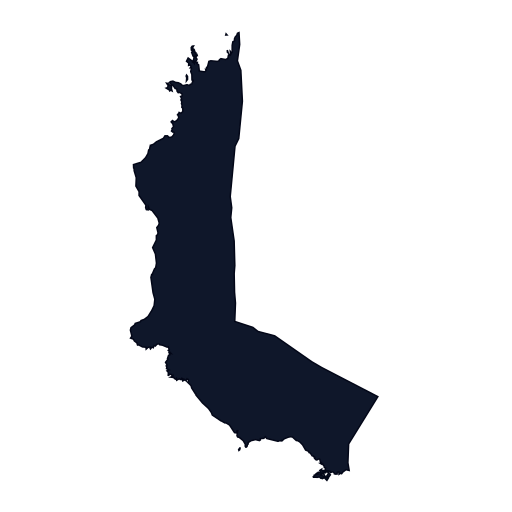 Oriental Mindoro, Mindoro Oriental, Philippines (Albers equal-area conic projection), rotated 181°
{"feature_id": "2640588B63893974857560", "entity_name": "Oriental Mindoro", "entity_type": "district", "adm_level": 2, "iso_a3": "PHL", "parent_name": "Philippines", "parent_adm1": "Mindoro Oriental", "projection": "albers", "projection_center": [121.29, 12.869], "detail": "fine", "context": "isolated", "style": "filled", "palette": "ink", "viewbox_px": 512, "rotation_deg": 181, "n_neighbors": 0, "source": "geoboundaries", "source_scale": "gbopen_adm2", "svg_char_len": 6031}
<svg xmlns="http://www.w3.org/2000/svg" viewBox="0 0 512 512"><g transform="rotate(181 256 256)"><path d="M276.9,479.1L278.4,478.4L279.1,476.3L280.6,474.6L281.4,472.5L281.1,470.9L282.9,469.8L283.5,466.3L283.4,459.7L284.3,458.0L284.8,458.3L284.7,459.0L285.2,460.2L285.3,460.3L284.9,456.6L285.2,456.2L286.6,457.3L286.4,456.4L287.1,456.2L287.6,453.1L289.8,451.9L294.5,452.7L296.0,451.6L296.2,450.6L298.0,449.9L304.6,450.4L306.5,449.8L307.7,444.7L308.7,443.5L309.4,443.5L308.4,443.2L309.1,441.6L309.6,441.7L309.2,440.7L310.3,439.2L315.9,439.9L316.7,446.2L318.5,447.5L318.0,448.6L320.4,449.0L321.0,447.2L321.7,448.4L322.5,448.6L321.7,449.6L322.2,450.1L322.0,450.4L321.1,449.5L319.4,450.1L318.7,451.0L318.4,451.8L319.5,453.1L319.3,454.0L320.7,454.3L321.3,453.5L322.1,450.5L322.9,449.6L327.3,452.8L328.9,449.5L326.6,447.7L326.7,445.4L325.4,445.8L324.6,445.2L324.3,443.9L325.0,443.0L324.0,443.0L323.8,442.8L324.5,439.2L323.3,436.4L323.1,430.9L322.0,430.6L322.3,430.1L321.8,429.7L322.7,428.7L323.1,426.9L324.7,426.5L325.6,425.3L328.0,426.1L331.4,425.1L333.2,425.6L334.1,426.7L336.7,427.9L339.5,428.2L342.1,429.4L344.5,428.9L345.7,428.0L343.4,425.9L342.1,425.5L339.8,422.1L338.1,421.6L337.8,419.4L336.6,417.9L335.6,418.3L333.0,417.1L332.6,415.5L332.9,414.6L334.2,414.2L333.4,412.7L333.2,410.9L333.7,410.9L333.8,410.7L333.3,410.4L332.9,408.0L333.2,407.0L332.6,405.8L332.7,403.2L331.8,402.6L331.7,399.2L333.5,397.4L335.4,398.2L335.9,396.7L336.8,396.3L337.0,395.8L336.3,395.2L335.6,393.0L337.0,390.7L338.8,389.2L340.2,388.8L341.9,390.0L343.2,388.6L341.5,386.7L340.7,383.8L342.3,382.0L342.0,380.8L342.7,379.5L341.3,378.4L339.7,379.0L340.3,378.5L339.9,377.5L340.5,375.6L342.1,373.7L343.2,373.2L345.3,373.1L345.1,374.0L345.4,373.3L346.5,374.6L349.1,374.6L350.6,372.1L357.5,368.5L360.5,365.9L363.6,364.8L363.2,363.9L363.9,363.4L364.2,361.1L365.2,360.1L365.8,356.5L368.1,352.4L371.1,349.2L371.8,349.2L371.3,349.0L372.3,347.8L380.1,345.3L379.9,341.8L379.4,341.5L379.3,339.1L377.1,332.2L377.3,323.8L374.0,318.3L374.0,314.5L366.9,304.8L367.2,302.5L366.5,300.5L365.9,300.0L366.3,300.4L366.1,300.6L364.7,300.2L364.5,303.4L363.2,300.7L360.7,299.7L354.1,291.3L354.5,291.1L353.3,287.2L353.9,285.1L355.7,282.7L354.3,277.2L355.0,275.4L356.0,274.6L355.9,270.2L359.5,262.6L356.6,256.2L355.4,247.1L356.1,242.6L357.3,241.3L359.3,236.3L360.4,235.3L359.6,235.8L358.6,235.7L360.1,235.2L360.7,232.8L358.3,217.5L356.4,211.0L357.0,204.6L359.8,198.5L359.5,197.8L360.1,198.3L362.9,193.6L366.6,190.7L369.8,189.5L370.6,188.2L375.6,186.5L376.1,185.0L379.7,182.2L380.3,179.7L378.7,173.7L380.0,171.7L377.1,170.7L376.1,168.9L373.6,167.1L372.9,164.9L371.6,165.0L367.9,163.1L364.4,162.9L364.2,161.0L362.3,162.8L360.4,163.1L359.5,162.8L360.2,161.6L359.9,161.2L358.9,162.6L358.1,163.0L357.1,162.5L356.4,164.7L355.1,164.2L353.5,166.1L351.1,166.5L350.8,165.6L348.0,165.2L343.2,163.3L342.1,163.7L341.1,160.9L342.1,160.1L339.2,157.1L341.1,157.5L340.3,155.8L341.7,155.2L342.7,151.9L342.2,151.4L344.6,148.1L343.1,145.6L343.3,144.6L343.8,144.5L343.1,142.6L343.5,141.8L340.9,140.5L343.0,139.6L341.6,138.1L341.7,135.2L341.2,135.1L340.3,136.3L338.5,136.0L338.1,135.3L336.8,135.3L337.0,134.5L339.2,133.4L335.9,133.0L335.5,132.1L334.2,131.4L333.4,132.2L333.1,130.4L330.5,132.0L329.7,131.2L328.8,131.2L328.2,132.5L326.4,131.8L327.5,131.1L327.1,129.8L325.0,130.9L323.6,129.9L323.8,130.7L322.9,132.0L322.4,131.3L321.5,131.4L321.1,129.8L322.2,128.6L318.7,125.3L318.0,122.9L314.1,117.0L312.9,116.8L313.6,116.6L313.6,115.9L306.9,108.1L300.8,102.7L297.9,98.7L296.9,96.2L287.8,90.3L288.0,90.6L284.1,88.5L283.2,88.7L279.5,86.5L274.4,79.0L272.8,78.8L271.9,81.0L271.2,81.0L271.9,76.0L271.2,74.7L269.7,74.4L265.6,71.2L263.4,67.5L263.5,65.7L262.9,64.7L262.2,64.8L261.5,65.8L261.4,66.9L260.5,68.0L260.7,69.2L257.8,71.2L253.3,72.4L249.3,71.5L248.4,72.2L248.5,73.5L245.0,73.8L243.5,75.5L242.1,73.7L230.8,71.1L228.8,71.8L227.7,71.5L227.3,72.1L226.7,71.7L224.6,73.7L220.6,75.4L218.2,75.9L216.3,75.6L212.5,72.2L210.9,72.0L208.9,70.8L206.1,68.0L203.0,62.8L200.5,61.9L199.3,60.2L198.6,60.4L196.3,57.1L195.1,57.0L194.7,56.1L193.9,56.1L193.5,55.1L193.9,54.7L192.7,53.4L191.6,53.1L189.4,54.4L188.7,53.9L187.9,50.7L186.9,50.7L186.9,49.6L187.7,49.6L186.5,48.9L185.8,49.3L185.6,49.3L185.0,47.9L184.4,47.7L184.0,45.7L182.8,45.4L182.9,43.1L185.9,42.4L186.7,43.0L186.6,44.0L188.5,42.7L187.6,41.2L188.0,40.4L190.0,40.9L190.6,39.9L191.1,40.1L191.7,39.6L190.3,39.5L190.1,38.9L194.0,37.9L194.3,36.5L194.9,36.2L194.7,35.8L190.1,35.8L189.1,36.5L187.3,34.9L186.6,35.1L185.9,34.5L184.4,35.2L184.9,37.3L187.5,37.7L187.9,38.5L187.2,38.9L186.5,38.4L186.9,39.5L186.6,39.9L185.9,39.2L184.8,39.3L184.8,38.4L184.4,39.6L185.4,40.5L185.3,41.2L183.8,40.7L184.2,41.6L183.6,41.8L182.6,41.0L182.3,42.5L180.5,42.5L181.4,41.3L180.4,41.3L179.8,39.8L181.3,37.5L179.4,36.3L177.8,38.5L179.7,40.4L178.8,42.3L178.1,42.1L177.7,40.8L175.5,41.6L173.9,40.4L173.9,39.6L172.8,39.3L171.1,39.4L171.0,41.2L169.4,41.7L169.2,39.2L167.8,40.2L166.6,39.8L165.4,41.5L162.3,43.9L159.1,43.2L160.5,50.9L160.1,69.7L131.7,117.5L188.3,145.6L198.3,151.2L235.9,176.5L252.7,180.6L257.9,184.6L276.1,190.2L275.7,208.6L276.8,219.4L277.5,238.0L277.0,246.0L278.1,270.6L281.9,294.0L281.1,303.8L282.8,315.0L278.9,365.4L275.3,373.1L272.3,410.5L274.4,441.4L278.0,450.8L276.0,467.2L276.9,479.1ZM343.9,420.2L342.8,419.6L343.5,421.9L343.3,424.7L345.3,425.3L347.0,427.0L348.4,427.2L346.6,424.5L347.8,422.6L348.7,422.3L345.3,420.3L345.2,419.6L343.9,420.2ZM322.5,454.9L321.5,453.8L321.1,454.9L318.2,455.3L318.7,456.8L320.0,457.0L319.6,458.0L321.0,458.5L320.6,459.2L321.1,460.3L322.6,459.9L323.9,458.5L322.5,454.9ZM181.2,32.9L179.8,35.2L182.8,36.5L183.7,38.0L184.1,37.0L183.2,34.9L181.2,32.9ZM323.5,460.2L321.7,461.6L323.3,462.5L322.1,464.9L323.4,464.7L324.4,463.3L324.2,460.7L323.5,460.2ZM328.6,429.9L327.5,431.4L327.6,434.4L328.6,435.7L329.0,434.7L328.4,432.9L328.6,429.9ZM269.7,61.3L268.9,62.0L268.4,64.3L270.0,62.2L269.7,61.3ZM290.1,476.4L288.8,476.5L289.8,477.6L290.1,476.4ZM288.2,459.3L287.3,458.5L288.3,461.4L288.2,459.3Z" fill="#0f172a" stroke="#020617" stroke-width="1.5"/></g></svg>